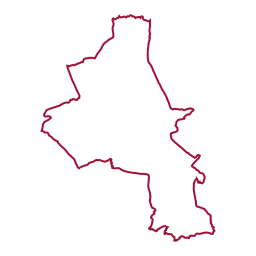 Lusambo, Kasaï-Oriental, Democratic Republic of the Congo (Albers equal-area conic projection)
{"feature_id": "63176286B30844666641598", "entity_name": "Lusambo", "entity_type": "district", "adm_level": 2, "iso_a3": "COD", "parent_name": "Democratic Republic of the Congo", "parent_adm1": "Kasaï-Oriental", "projection": "albers", "projection_center": [23.694, -5.009], "detail": "fine", "context": "isolated", "style": "outline", "palette": "rose", "viewbox_px": 256, "rotation_deg": 0, "n_neighbors": 0, "source": "geoboundaries", "source_scale": "gbopen_adm2", "svg_char_len": 5878}
<svg xmlns="http://www.w3.org/2000/svg" viewBox="0 0 256 256"><path d="M153.8,211.8L154.5,212.9L154.5,213.4L154.1,213.9L153.7,214.0L151.8,215.6L151.0,217.3L151.2,218.1L152.1,218.6L152.8,219.7L152.2,221.2L152.4,222.5L151.2,225.8L150.5,227.4L149.4,227.7L149.1,228.4L149.4,229.1L150.2,229.5L150.5,229.2L151.7,229.2L152.2,229.0L152.6,229.1L153.2,229.9L154.5,230.6L155.7,230.6L156.0,231.2L156.5,231.3L157.3,230.0L158.3,229.2L158.5,228.8L159.2,228.9L160.7,227.6L162.0,227.1L162.7,226.5L164.2,226.2L165.5,226.2L166.9,227.1L167.5,227.1L167.0,227.8L166.9,228.5L166.4,228.6L166.0,229.1L166.0,230.1L165.6,230.2L164.9,231.2L164.5,233.1L164.7,234.0L166.0,233.5L166.1,233.0L167.5,233.8L168.7,234.1L170.8,234.1L171.8,234.6L173.3,236.6L174.4,237.1L174.6,240.1L174.4,240.5L174.9,240.6L175.3,240.1L176.0,240.6L176.5,239.9L177.6,239.8L178.4,239.5L179.2,238.6L179.2,238.1L179.7,237.6L180.4,237.6L180.7,236.6L182.1,236.1L182.6,236.2L183.0,236.6L184.0,236.9L184.4,237.4L185.9,237.9L186.8,237.5L187.5,237.5L188.2,238.0L188.8,238.2L189.3,237.7L189.5,236.3L191.0,235.6L191.8,235.7L193.3,235.9L194.4,235.9L195.1,235.4L195.5,234.8L196.1,234.0L196.6,233.7L197.3,233.6L199.4,233.9L200.4,233.8L201.3,233.5L202.3,233.3L203.3,232.9L204.4,232.7L206.0,232.6L207.0,232.6L208.7,232.8L209.9,233.2L211.0,233.7L211.6,233.9L212.8,233.9L213.1,232.3L214.4,230.9L214.3,230.4L213.4,229.6L213.1,228.8L213.8,227.3L213.7,227.1L212.2,226.7L211.8,224.4L211.3,224.1L211.1,223.5L210.7,223.0L211.1,222.1L210.9,221.4L210.6,220.8L210.8,220.3L210.5,219.6L210.8,219.0L210.5,217.5L210.8,216.5L210.5,216.1L210.5,215.3L209.2,214.4L207.8,213.5L207.3,212.4L206.4,211.3L204.9,209.8L204.4,209.0L203.1,208.6L201.5,207.8L200.1,207.5L198.9,207.0L197.3,206.6L196.6,206.1L196.1,204.9L195.9,203.6L195.9,201.4L195.4,199.3L195.2,197.9L194.3,193.5L194.0,191.2L193.7,189.3L193.8,186.9L193.8,183.7L194.3,182.1L194.6,181.4L195.4,180.1L196.4,179.1L196.6,178.4L197.6,179.9L198.2,182.5L198.5,182.6L199.3,181.8L199.7,181.7L199.9,182.8L201.5,183.0L202.2,183.4L203.6,181.9L203.8,181.1L203.9,179.8L204.6,178.5L204.6,176.6L203.2,174.0L202.6,173.4L200.5,173.0L199.7,172.7L198.8,171.3L197.7,170.2L197.0,170.2L195.1,168.1L193.6,167.5L191.9,166.1L191.9,165.5L192.8,164.6L193.0,164.1L194.3,162.6L195.6,161.3L196.9,159.8L197.7,159.2L198.8,158.1L199.1,157.3L199.8,155.7L198.6,155.0L197.8,155.1L197.1,155.6L195.7,157.3L194.8,157.8L192.6,156.4L189.7,154.4L188.9,153.8L188.3,152.9L187.2,152.9L184.9,150.8L183.0,149.1L182.2,148.4L181.1,147.4L177.9,144.8L176.8,143.8L174.8,142.2L171.9,139.3L171.3,137.7L170.8,135.2L170.8,134.3L171.0,133.6L171.2,133.3L172.3,133.0L173.5,132.4L175.1,132.2L176.4,131.6L177.6,130.5L177.4,128.0L175.5,125.6L176.0,124.7L176.2,123.9L176.2,122.8L176.4,122.2L177.7,120.4L178.3,119.9L179.5,119.6L182.7,119.1L183.4,118.7L184.1,118.8L184.6,118.3L184.2,117.1L184.6,116.6L186.4,115.1L187.8,114.4L188.2,114.3L188.7,114.6L189.3,114.5L189.7,114.2L191.4,112.0L193.5,110.1L193.2,109.3L191.7,108.9L190.9,108.4L190.2,108.3L189.4,108.7L187.6,108.9L184.3,110.2L183.8,110.1L182.4,109.3L181.2,109.4L180.5,109.6L174.3,108.8L172.3,109.4L170.6,108.1L169.9,106.1L168.6,102.2L167.3,99.5L166.3,96.5L164.6,93.5L163.2,90.9L162.1,89.6L159.8,84.5L158.8,83.1L157.7,80.4L156.7,78.4L154.5,73.3L152.8,69.7L152.4,68.3L151.1,65.6L149.0,62.7L148.0,60.3L147.8,58.0L147.7,54.1L147.8,50.2L148.7,43.0L149.1,41.2L149.7,39.9L149.5,39.4L149.7,38.8L149.5,38.2L149.9,37.5L149.3,36.4L149.8,35.7L149.7,35.2L150.0,34.2L149.6,31.6L149.3,30.9L150.1,25.6L150.0,22.2L150.0,20.5L149.0,21.5L148.6,21.4L145.5,20.1L144.5,20.2L143.4,19.4L142.9,18.1L142.7,16.9L142.4,16.9L141.9,16.3L141.4,16.4L140.5,17.9L139.2,16.9L136.0,17.5L135.6,18.0L134.7,17.0L133.1,16.3L132.3,16.3L131.9,15.6L130.6,15.4L130.0,15.4L129.1,16.3L128.4,16.5L127.7,16.3L127.1,16.4L126.2,17.4L125.3,17.2L124.5,16.6L123.3,16.7L122.1,17.3L120.9,17.4L119.7,16.7L119.2,16.1L118.4,17.8L117.4,17.8L116.8,18.5L115.8,18.9L114.9,19.3L114.0,19.3L113.3,18.4L112.8,18.8L112.4,20.0L113.3,22.3L113.6,25.0L112.6,27.4L112.7,30.2L112.9,31.3L113.3,33.4L113.4,36.9L112.1,37.9L108.3,40.1L106.5,41.7L104.4,43.1L102.6,45.7L101.8,47.6L99.9,50.7L98.1,52.9L97.1,54.2L96.3,55.8L94.8,58.4L92.4,57.8L89.9,57.8L88.7,57.9L86.6,58.4L84.3,58.7L83.1,61.1L82.8,62.2L81.9,62.1L80.8,62.4L79.5,63.3L77.8,63.4L76.9,64.3L76.3,64.3L75.8,64.7L75.1,64.7L74.6,65.2L72.8,65.1L71.2,65.4L69.6,66.3L69.3,66.3L68.5,66.0L67.2,65.8L67.7,68.1L69.7,73.4L72.0,79.7L73.3,82.4L76.5,89.5L79.5,95.7L79.3,97.9L78.4,98.2L77.7,98.9L77.0,99.9L76.4,100.0L76.0,99.8L75.7,99.6L74.8,99.7L74.1,99.2L73.3,99.1L72.4,99.2L71.8,100.0L70.6,99.9L70.3,100.0L69.8,101.3L68.6,102.7L66.2,102.5L64.5,103.0L62.5,103.8L59.6,105.6L50.9,108.4L46.6,110.1L45.1,112.7L44.1,114.3L44.4,116.0L45.4,116.5L48.9,116.3L50.3,116.7L50.9,117.7L50.0,118.6L48.6,119.8L44.4,121.9L42.9,124.5L42.5,128.1L41.6,130.8L42.8,131.1L44.7,132.4L47.0,132.6L47.8,132.9L48.4,133.9L49.0,135.4L49.6,135.9L51.4,136.9L53.6,139.2L56.3,140.9L57.6,141.3L57.8,142.4L59.9,144.9L64.9,149.4L69.2,154.8L70.5,155.6L71.3,156.6L72.2,157.4L73.3,158.3L74.4,159.5L75.4,162.1L77.7,167.2L79.0,168.3L80.6,167.1L84.7,165.5L86.4,165.2L87.3,164.8L88.1,164.2L89.0,163.0L90.1,162.8L91.2,162.1L92.4,162.0L93.9,161.4L95.1,160.5L96.3,160.0L97.1,160.0L98.0,160.2L100.2,160.1L102.3,161.1L103.6,161.3L104.8,161.7L105.4,161.6L106.0,161.2L107.1,161.0L110.4,158.9L110.9,158.9L111.4,159.6L111.4,160.1L110.7,161.3L110.9,161.8L111.9,162.6L112.0,162.9L111.3,163.2L111.2,163.8L111.7,164.6L111.9,165.3L111.8,166.2L112.1,166.9L112.7,166.5L112.8,167.1L112.5,167.9L114.6,168.4L118.1,168.1L119.3,168.3L121.6,169.8L124.0,170.9L127.3,171.8L130.3,172.4L132.9,172.8L136.0,173.1L139.3,173.7L144.6,174.0L147.0,174.3L148.4,174.9L149.0,177.0L148.2,185.5L148.7,189.1L149.7,191.9L150.5,196.7L150.1,198.3L150.2,199.4L149.7,200.5L150.1,201.5L150.3,203.3L150.9,204.2L151.4,206.1L152.1,207.7L154.2,208.6L154.9,209.2L155.3,210.1L155.5,210.5L153.8,211.8Z" fill="none" stroke="#9f1239" stroke-width="2"/></svg>